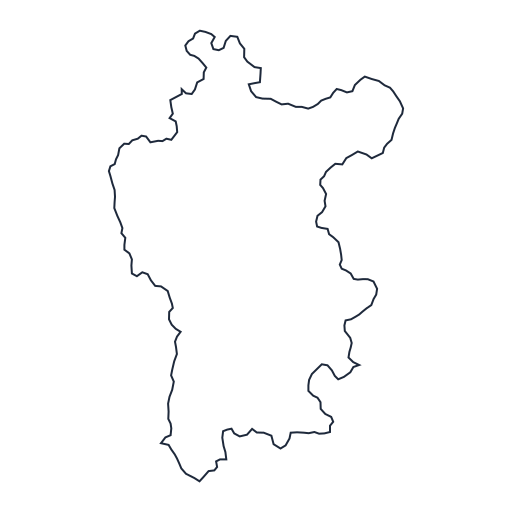 outline of Conceição do Castelo, Espírito Santo, Brazil
{"feature_id": "56859067B68832214291325", "entity_name": "Conceição do Castelo", "entity_type": "district", "adm_level": 2, "iso_a3": "BRA", "parent_name": "Brazil", "parent_adm1": "Espírito Santo", "projection": "mercator", "projection_center": [-41.26, -20.375], "detail": "fine", "context": "isolated", "style": "outline", "palette": "slate", "viewbox_px": 512, "rotation_deg": 0, "n_neighbors": 0, "source": "geoboundaries", "source_scale": "gbopen_adm2", "svg_char_len": 3367}
<svg xmlns="http://www.w3.org/2000/svg" viewBox="0 0 512 512"><path d="M288.1,103.7L281.6,104.4L276.3,101.8L270.7,98.8L262.5,98.6L256.1,97.1L251.1,91.2L248.8,84.3L254.8,83.1L259.9,82.2L260.5,73.9L260.8,68.1L254.5,67.1L247.3,61.6L244.1,57.2L244.3,48.8L239.9,43.4L237.3,36.8L230.4,35.9L225.8,40.9L223.6,47.9L218.8,50.2L213.4,49.1L211.3,43.1L214.7,37.0L211.3,34.1L205.4,31.9L199.8,30.7L195.0,33.6L193.1,38.5L188.5,41.2L185.3,45.5L186.7,50.9L190.2,54.8L194.3,55.9L198.6,58.6L202.7,63.2L206.3,67.6L203.8,72.3L203.6,79.0L197.2,82.4L194.9,89.5L191.7,94.0L186.0,93.3L181.7,89.2L181.8,94.0L176.7,96.7L170.3,100.1L171.3,107.1L172.8,113.7L169.6,118.1L175.7,121.4L176.7,126.2L177.2,132.1L174.4,135.8L171.3,139.8L166.4,138.7L162.5,141.1L158.1,140.8L150.4,142.3L146.1,136.5L141.5,135.7L137.8,138.7L132.3,140.3L128.8,144.0L124.2,143.7L119.4,148.3L118.1,155.1L116.0,159.3L114.7,164.1L110.4,166.3L108.9,171.1L110.4,176.0L112.4,183.5L114.6,190.0L115.0,196.8L114.6,202.0L114.3,208.1L117.4,216.0L120.3,222.3L122.4,228.1L121.4,233.2L125.3,237.8L124.4,244.9L124.4,249.7L129.4,253.4L131.9,259.4L131.4,265.5L131.9,273.5L136.9,276.2L142.3,272.3L147.7,274.2L150.9,280.3L155.2,285.9L161.0,286.4L167.7,291.0L169.7,297.6L171.9,303.6L172.8,308.0L169.2,311.9L169.0,319.3L171.7,324.7L175.7,328.8L180.6,331.8L177.0,336.6L175.0,341.7L176.0,347.0L176.9,354.0L174.2,361.3L172.2,369.8L171.1,375.4L173.8,381.6L172.2,389.8L169.5,396.8L168.1,403.6L168.6,411.6L168.3,418.9L170.6,423.6L171.3,428.4L170.6,435.2L165.4,437.4L161.0,443.2L168.6,444.9L171.3,449.5L174.7,454.3L177.0,458.5L179.3,463.6L181.3,468.4L186.0,473.8L194.3,478.0L199.5,481.3L203.1,477.4L208.6,471.1L214.3,470.4L217.1,467.0L216.1,461.4L220.0,459.4L226.3,459.4L225.4,452.1L223.6,446.1L222.3,437.7L223.1,431.2L227.2,429.6L231.5,428.7L234.2,433.4L239.7,436.4L247.0,434.7L252.1,428.9L256.8,432.5L263.7,432.7L271.4,435.7L273.6,444.2L280.5,448.5L285.6,445.4L289.5,438.5L290.7,432.7L297.1,432.3L303.9,432.7L308.7,433.2L314.4,432.0L319.1,433.7L324.4,433.4L330.0,432.0L330.0,425.7L333.2,421.8L331.2,416.9L325.3,414.0L320.7,408.9L320.5,402.2L317.5,397.7L313.2,395.7L308.4,390.9L308.4,385.3L309.1,379.9L311.9,374.0L317.1,368.9L321.8,364.3L327.5,365.3L331.9,370.4L334.8,375.9L338.2,379.3L343.9,376.9L350.3,372.3L353.4,367.0L359.1,365.0L353.2,362.1L348.5,357.5L349.4,351.9L350.7,347.5L351.7,343.0L350.2,337.8L344.8,331.0L344.4,325.4L345.6,320.4L351.0,319.3L355.6,316.7L359.2,314.5L362.4,311.7L366.6,308.3L371.3,305.1L373.6,299.0L376.2,294.6L377.1,288.8L373.5,281.5L367.8,279.2L363.3,279.1L357.8,279.6L353.7,278.9L350.7,273.5L345.9,270.4L341.7,268.7L339.8,264.6L341.7,260.0L341.1,254.6L340.1,248.8L338.5,242.2L333.2,237.2L329.1,234.2L327.6,228.9L321.4,227.9L317.1,226.5L316.1,221.6L317.5,215.8L322.1,212.1L325.5,206.3L324.6,200.8L326.1,194.0L323.0,188.1L320.2,184.9L320.5,179.6L324.1,176.2L326.0,171.9L330.7,167.5L335.3,163.8L342.3,164.4L346.3,158.1L351.8,155.1L357.8,151.5L366.5,154.5L371.7,158.3L377.8,155.4L382.8,153.0L384.2,147.6L387.1,143.8L391.5,139.9L393.1,133.3L394.9,127.9L396.7,123.7L398.7,118.8L402.2,113.7L403.1,108.4L399.9,101.3L396.2,96.0L393.2,91.4L390.0,87.7L384.6,85.3L378.9,81.0L371.7,79.0L364.8,76.6L360.5,79.7L354.9,85.0L352.4,91.2L346.9,92.4L341.2,90.1L336.7,89.0L333.2,92.8L330.3,97.4L325.7,98.8L321.2,100.6L317.8,104.0L313.0,106.9L308.2,108.6L301.9,106.9L295.9,106.9L288.1,103.7Z" fill="none" stroke="#1e293b" stroke-width="2"/></svg>